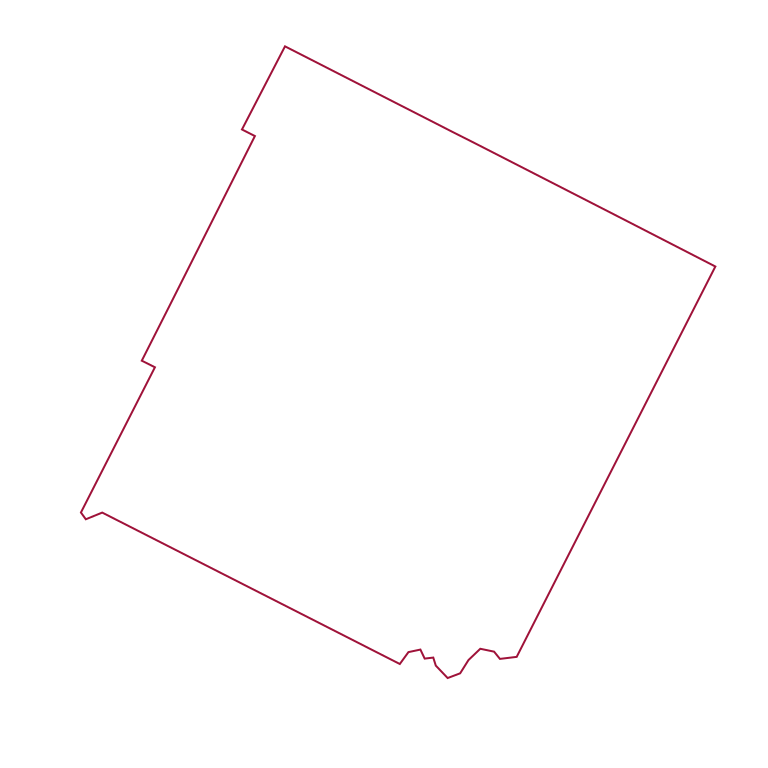 Oglala Lakota, South Dakota, United States of America, rotated 207°
{"feature_id": "52423323B93521061144521", "entity_name": "Oglala Lakota", "entity_type": "district", "adm_level": 2, "iso_a3": "USA", "parent_name": "United States of America", "parent_adm1": "South Dakota", "projection": "mercator", "projection_center": [-102.605, 43.353], "detail": "fine", "context": "isolated", "style": "outline", "palette": "rose", "viewbox_px": 768, "rotation_deg": 207, "n_neighbors": 0, "source": "geoboundaries", "source_scale": "gbopen_adm2", "svg_char_len": 502}
<svg xmlns="http://www.w3.org/2000/svg" viewBox="0 0 768 768"><g transform="rotate(207 384 384)"><path d="M142.0,294.8L142.1,639.1L251.9,639.5L412.4,639.8L437.0,639.7L625.5,639.9L626.1,546.3L611.6,546.3L610.6,357.8L610.4,294.8L595.7,294.9L595.7,131.9L588.3,128.1L576.7,141.5L242.8,141.7L240.5,156.2L231.0,163.9L223.1,157.8L215.9,162.6L210.0,156.6L193.8,150.9L184.8,160.8L183.4,176.4L178.0,191.8L164.4,195.5L155.9,191.7L141.9,201.1L142.0,294.8Z" fill="none" stroke="#9f1239" stroke-width="2"/></g></svg>